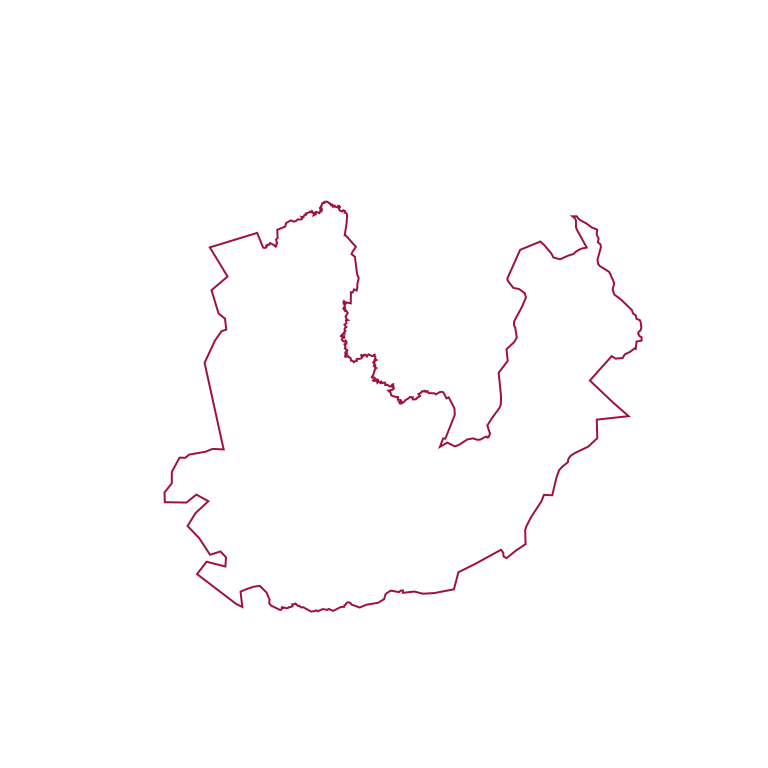 Naukšēnu pag., Nauksenu, Latvia (Mercator projection), rotated 234°
{"feature_id": "27541924B92408320132351", "entity_name": "Naukšēnu pag.", "entity_type": "district", "adm_level": 2, "iso_a3": "LVA", "parent_name": "Latvia", "parent_adm1": "Nauksenu", "projection": "mercator", "projection_center": [25.545, 57.88], "detail": "fine", "context": "isolated", "style": "outline", "palette": "rose", "viewbox_px": 768, "rotation_deg": 234, "n_neighbors": 0, "source": "geoboundaries", "source_scale": "gbopen_adm2", "svg_char_len": 6166}
<svg xmlns="http://www.w3.org/2000/svg" viewBox="0 0 768 768"><g transform="rotate(234 384 384)"><path d="M596.9,323.4L562.9,320.6L561.3,299.6L538.2,291.6L530.4,293.8L520.7,288.4L522.2,283.6L518.5,272.8L506.6,251.3L425.3,215.8L432.3,207.1L434.1,199.8L441.4,184.9L441.1,179.9L444.6,175.3L437.6,160.7L428.3,153.8L425.3,142.7L417.2,137.2L404.2,154.5L404.8,167.2L392.4,173.0L390.4,155.8L384.6,141.6L367.9,143.9L348.1,142.9L344.6,153.3L336.6,154.3L329.6,148.4L344.5,136.0L340.1,121.0L293.0,135.1L286.9,138.3L300.3,145.9L298.9,152.1L296.6,159.5L293.6,164.9L284.3,166.4L276.6,164.6L274.3,162.3L271.1,162.4L262.3,167.1L261.8,167.9L262.3,169.4L263.3,169.9L263.2,170.6L262.2,170.6L261.8,171.0L261.9,171.8L260.1,173.1L259.2,174.8L259.4,175.7L258.3,177.6L258.5,178.7L258.0,179.3L259.7,180.4L258.4,182.4L258.4,183.4L255.1,183.9L254.6,185.0L251.8,185.7L251.0,187.4L242.7,191.3L241.0,194.6L240.8,196.0L239.1,196.9L237.9,202.1L234.5,205.5L234.5,207.1L230.3,209.5L229.0,218.0L227.1,220.8L228.3,222.1L228.0,223.2L228.8,224.7L228.7,226.5L226.4,228.2L224.8,228.0L217.5,232.9L215.6,240.5L210.5,250.5L209.9,257.6L213.2,262.0L212.9,268.0L206.9,273.7L207.0,276.1L205.9,277.9L204.0,276.5L198.3,286.5L191.9,291.8L190.1,294.3L185.3,301.8L176.8,319.9L188.0,333.6L185.0,351.1L181.1,381.2L177.4,381.3L174.2,379.4L171.1,380.7L171.7,393.1L171.3,404.5L182.7,412.2L185.3,415.7L189.9,424.9L196.7,442.7L200.3,448.2L195.1,454.7L206.7,468.2L211.4,475.1L212.3,479.8L212.7,486.9L214.7,488.7L215.6,490.6L216.2,493.2L216.0,497.6L213.3,512.4L214.8,524.7L230.1,535.2L214.2,563.0L234.4,558.4L265.8,552.6L272.7,584.6L268.4,586.3L264.8,592.4L266.4,596.1L265.4,602.1L265.5,607.7L264.4,608.2L269.9,613.3L267.7,617.8L269.7,619.4L270.7,619.9L272.6,618.8L275.7,619.4L276.4,620.7L276.7,623.3L278.2,625.2L282.9,627.9L285.4,628.5L288.1,626.6L291.6,628.0L294.9,626.9L297.9,628.0L312.9,625.4L321.0,622.9L326.1,624.5L329.7,628.9L331.2,629.8L342.2,632.1L352.3,628.0L355.0,627.7L359.0,629.7L367.2,639.9L369.9,641.2L373.0,640.3L375.6,643.2L379.3,643.7L381.5,645.1L382.9,647.0L384.0,647.0L388.3,644.2L395.2,642.0L399.9,639.6L402.8,638.6L406.4,638.5L408.9,635.0L405.5,635.9L403.3,635.3L398.2,631.6L395.4,630.7L375.2,628.2L377.3,623.8L378.0,620.5L378.3,617.2L377.8,613.6L379.5,608.8L381.4,599.8L386.8,595.4L391.0,596.1L402.1,595.3L407.4,594.2L412.5,573.0L396.8,545.7L394.5,544.8L385.8,545.1L381.4,549.1L374.6,551.3L370.4,549.5L365.3,540.9L358.2,526.1L355.2,523.7L352.5,523.3L343.5,518.7L341.4,514.0L340.1,503.5L330.0,497.7L325.7,483.4L305.0,471.3L298.7,466.4L296.8,463.5L293.0,451.4L289.7,443.2L281.4,440.5L279.5,437.3L280.0,436.1L281.1,436.2L281.9,433.7L282.3,429.5L283.9,426.8L287.8,423.9L290.2,418.8L290.7,408.5L292.0,404.6L299.3,400.8L300.3,392.3L305.2,399.9L303.7,401.5L317.5,423.2L323.0,426.7L335.2,428.5L335.6,426.1L342.3,427.1L343.6,426.3L344.7,424.3L345.1,419.8L346.8,419.4L350.4,414.7L352.5,415.0L352.7,413.9L353.3,413.8L353.1,413.3L354.5,413.0L354.9,412.5L354.5,411.8L355.8,410.5L355.2,408.8L355.6,406.0L353.1,406.0L353.4,403.0L352.9,400.8L354.6,398.2L355.7,398.5L356.4,399.4L358.2,397.3L358.0,394.3L358.4,392.4L357.8,389.8L357.8,387.3L358.3,385.9L359.0,385.4L360.5,385.6L358.9,387.6L359.5,387.9L361.5,387.9L363.2,385.9L365.2,387.6L366.5,385.9L370.4,383.2L374.0,384.5L374.8,383.7L376.1,383.6L374.2,388.0L374.7,389.4L377.5,388.9L377.5,389.8L376.7,390.3L378.4,391.3L378.7,390.4L378.1,387.9L378.7,387.0L381.1,386.4L382.5,384.4L383.6,385.5L384.6,385.6L386.3,382.3L387.1,383.3L387.7,383.2L387.9,382.6L387.5,381.5L389.3,380.8L389.0,379.4L390.0,379.8L390.4,381.4L390.9,381.6L392.2,380.6L392.3,380.1L391.9,379.7L392.5,379.4L391.8,378.7L392.6,377.4L393.3,377.2L393.6,379.6L394.2,380.0L395.2,379.8L396.1,378.1L396.7,378.1L398.3,381.9L399.4,382.7L400.1,384.2L401.3,385.1L401.4,387.2L404.4,386.3L404.9,387.0L404.1,387.7L404.3,388.1L407.6,387.8L408.0,388.5L407.4,389.3L408.6,390.0L407.8,391.3L407.8,392.0L409.4,391.3L410.6,392.8L412.2,392.9L413.2,393.7L413.6,393.3L413.1,391.8L413.3,391.0L417.0,388.9L416.9,387.5L416.3,386.4L418.6,386.2L418.7,385.3L419.4,384.8L418.8,383.8L420.8,382.8L420.6,382.3L418.7,382.3L418.2,381.4L418.5,379.3L420.2,376.9L420.1,376.3L418.6,375.5L419.4,374.2L419.3,372.4L421.3,372.2L422.2,371.1L424.6,372.2L426.3,371.4L427.4,371.6L428.1,369.5L428.9,368.7L429.9,369.4L429.6,370.1L430.0,372.0L430.6,371.9L430.4,371.0L431.0,370.7L431.4,371.8L432.2,371.3L432.6,372.0L432.1,372.8L433.0,374.2L435.8,373.2L436.6,374.7L439.2,375.2L439.4,375.6L438.6,376.1L438.7,377.2L440.4,378.6L441.4,378.4L440.5,377.7L441.6,377.3L442.0,376.4L444.5,375.8L445.7,377.6L444.9,378.8L445.2,379.5L446.2,379.9L447.3,377.7L448.2,377.3L448.7,380.4L447.9,381.8L449.3,382.1L449.6,384.0L451.3,384.0L452.4,385.6L452.2,387.0L455.3,386.9L455.3,389.4L457.8,390.6L457.0,392.3L458.3,391.8L461.2,392.6L462.7,396.4L465.9,396.5L465.6,396.1L465.7,395.5L467.0,395.3L468.0,396.4L468.9,395.5L469.7,397.1L469.3,397.6L470.8,398.3L471.3,399.8L471.9,399.4L472.7,399.9L472.9,398.7L474.3,399.5L474.6,400.3L473.4,400.3L468.8,404.5L477.7,411.2L476.5,412.5L478.1,415.5L475.7,416.8L477.6,419.1L480.7,421.3L484.4,425.7L489.1,427.0L504.1,435.3L508.1,434.0L509.5,436.3L511.5,441.9L527.3,440.3L527.5,439.7L536.5,448.7L542.7,453.7L544.9,453.9L545.8,452.9L547.0,454.1L548.5,453.2L548.2,451.5L550.2,450.2L552.5,450.5L553.0,452.4L554.7,452.3L555.1,451.8L554.4,451.1L554.4,450.3L556.1,448.6L557.2,448.9L557.3,447.0L559.2,447.8L559.7,447.5L559.0,446.9L559.5,446.2L562.6,446.3L562.9,445.7L564.9,445.2L566.3,443.1L566.4,442.5L565.6,442.3L566.5,440.2L565.5,439.3L565.0,437.7L564.3,437.5L564.1,435.6L563.5,435.4L562.7,436.6L561.4,436.2L560.5,434.9L561.6,434.5L561.3,433.8L560.1,432.1L563.1,430.5L563.3,429.0L562.0,429.1L561.4,428.4L561.9,426.2L562.6,427.2L565.1,426.9L565.9,427.6L566.4,427.4L565.7,426.1L567.1,425.1L566.7,424.6L567.9,420.9L566.7,420.5L567.4,418.6L566.3,416.9L567.7,415.5L566.2,415.3L565.8,414.9L565.8,413.7L567.9,410.8L567.6,408.8L568.1,406.8L571.1,404.8L571.8,399.3L569.4,396.7L571.5,388.3L564.7,383.8L564.3,381.6L560.7,380.2L560.4,379.0L558.8,377.9L558.7,377.1L561.0,376.6L565.0,374.7L565.1,374.4L564.1,373.0L565.2,371.4L564.6,370.7L565.1,370.0L563.9,369.4L563.8,368.1L565.3,366.4L580.8,370.2L596.9,323.4Z" fill="none" stroke="#9f1239" stroke-width="2"/></g></svg>